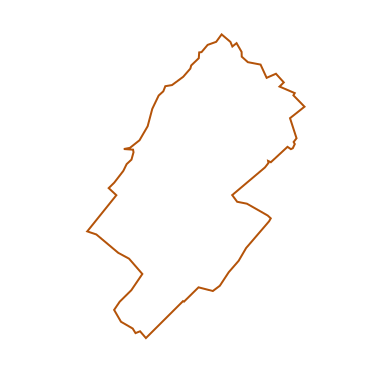 Ballymun-Finglas Lea-6, Dublin, Ireland (Equal Earth projection), rotated 123°
{"feature_id": "5873133B16381399369592", "entity_name": "Ballymun-Finglas Lea-6", "entity_type": "district", "adm_level": 2, "iso_a3": "IRL", "parent_name": "Ireland", "parent_adm1": "Dublin", "projection": "equal_earth", "projection_center": [-6.294, 53.391], "detail": "fine", "context": "isolated", "style": "outline", "palette": "amber", "viewbox_px": 384, "rotation_deg": 123, "n_neighbors": 0, "source": "geoboundaries", "source_scale": "gbopen_adm2", "svg_char_len": 1087}
<svg xmlns="http://www.w3.org/2000/svg" viewBox="0 0 384 384"><g transform="rotate(123 192 192)"><path d="M43.7,253.0L52.9,253.5L60.1,259.0L69.5,260.2L71.0,262.0L76.1,259.2L86.3,261.6L89.4,260.6L100.1,262.1L113.2,267.0L117.8,272.0L123.2,270.9L129.2,272.5L143.9,270.6L161.0,265.0L177.2,264.2L188.8,268.1L193.1,272.6L188.6,264.5L190.5,262.7L197.8,260.4L204.2,262.0L211.7,261.1L226.5,262.3L234.1,264.0L235.9,253.7L282.1,258.4L279.7,249.1L283.2,220.7L282.2,208.5L287.8,189.0L307.4,189.4L323.4,192.9L333.3,193.1L339.5,180.9L338.8,167.4L341.1,162.5L337.1,159.7L339.6,151.1L288.4,140.1L288.3,139.0L268.4,134.6L263.7,120.6L255.5,117.6L239.2,117.5L224.3,115.4L209.5,116.1L174.6,111.4L171.2,111.6L170.5,115.7L171.9,139.6L175.6,148.8L172.7,156.6L131.7,144.2L126.0,143.7L124.5,145.1L124.1,142.1L102.1,136.5L102.2,132.4L100.4,131.3L95.8,131.9L94.7,134.0L90.0,133.6L76.7,150.0L59.2,144.1L55.7,159.6L53.1,159.7L55.9,176.0L50.1,174.7L47.1,186.0L55.6,191.6L47.8,203.9L52.7,215.9L51.4,224.0L47.5,226.7L42.9,235.7L48.0,237.4L45.2,241.5L43.7,253.0Z" fill="none" stroke="#b45309" stroke-width="2"/></g></svg>